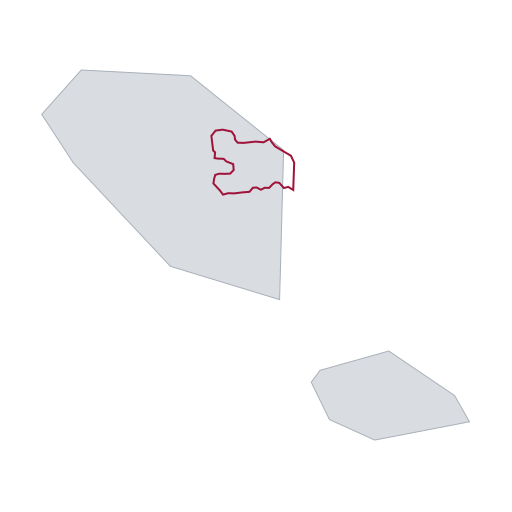 Malta, with Rabat highlighted, rotated 182°
{"feature_id": "MLT-5923", "entity_name": "Rabat", "entity_type": "state/province", "adm_level": 1, "iso_a3": "MLT", "parent_name": "Malta", "parent_adm1": "", "projection": "natural_earth1", "projection_center": [14.386, 35.882], "detail": "fine", "context": "in_parent", "style": "outline", "palette": "rose", "viewbox_px": 512, "rotation_deg": 182, "n_neighbors": 0, "source": "natural_earth", "source_scale": "10m", "svg_char_len": 992}
<svg xmlns="http://www.w3.org/2000/svg" viewBox="0 0 512 512"><g transform="rotate(182 256 256)"><path d="M475.1,390.1L437.1,435.8L327.7,433.8L232.1,362.6L230.9,213.2L341.2,242.7L441.9,342.8L475.1,390.1ZM188.0,144.0L120.0,165.7L52.6,123.4L36.9,97.8L131.0,76.2L176.9,95.1L196.4,131.8L188.0,144.0Z" fill="#d9dde1" stroke="#a8b0b8" stroke-width="1"/><path d="M246.3,373.6L244.3,370.4L240.7,366.2L224.6,357.4L221.1,350.7L221.1,323.3L226.2,326.2L230.5,324.9L235.3,329.9L239.3,330.3L242.0,328.2L245.3,324.5L249.7,324.5L253.4,322.4L257.8,324.5L261.5,324.1L264.8,319.9L271.9,319.1L280.0,317.8L286.0,317.8L291.1,316.2L294.4,320.3L297.4,323.3L301.1,327.0L300.5,332.0L299.5,335.7L295.4,337.0L290.4,337.0L284.7,337.4L281.3,341.2L282.0,347.0L289.0,349.5L291.7,352.0L297.4,352.0L300.8,352.4L300.5,358.2L302.5,359.9L304.8,374.5L300.8,379.9L293.7,381.1L284.7,379.5L281.6,375.3L281.0,371.6L278.3,368.6L272.2,368.6L260.5,370.3L252.4,369.9L246.3,373.6Z" fill="none" stroke="#9f1239" stroke-width="2"/></g></svg>